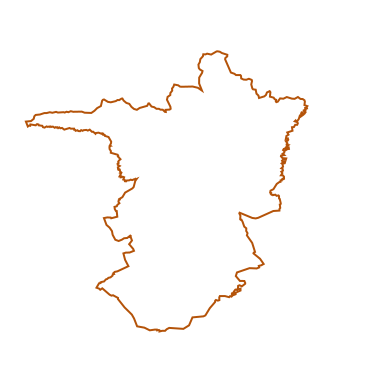 Ron Phibun, Nakhon Si Thammarat, Thailand (Natural Earth projection), rotated 72°
{"feature_id": "78962969B70310108322662", "entity_name": "Ron Phibun", "entity_type": "district", "adm_level": 2, "iso_a3": "THA", "parent_name": "Thailand", "parent_adm1": "Nakhon Si Thammarat", "projection": "natural_earth1", "projection_center": [99.867, 8.196], "detail": "fine", "context": "isolated", "style": "outline", "palette": "amber", "viewbox_px": 384, "rotation_deg": 72, "n_neighbors": 0, "source": "geoboundaries", "source_scale": "gbopen_adm2", "svg_char_len": 5937}
<svg xmlns="http://www.w3.org/2000/svg" viewBox="0 0 384 384"><g transform="rotate(72 192 192)"><path d="M314.6,266.0L314.8,263.2L315.7,260.5L314.7,258.5L314.2,255.7L319.5,242.5L317.9,236.0L311.4,230.3L313.8,219.5L313.5,217.4L308.0,211.0L303.8,204.1L302.5,203.5L302.1,202.6L303.3,201.0L303.3,199.4L300.6,198.6L299.6,197.7L301.1,192.9L303.5,189.2L302.8,187.9L303.7,186.8L303.1,185.6L301.3,185.7L300.6,185.0L301.0,184.2L302.8,183.8L302.7,182.1L301.3,181.5L300.5,183.0L299.8,183.1L298.3,181.0L298.3,180.2L299.2,179.4L301.0,179.5L300.7,176.3L298.9,175.7L298.7,177.6L298.0,178.2L295.5,177.1L295.4,175.6L297.1,173.7L295.7,169.8L295.0,169.5L292.8,169.7L291.4,173.9L285.5,176.3L282.4,174.1L282.2,160.8L284.7,154.1L284.5,151.4L282.9,151.3L283.1,148.8L282.6,146.1L276.6,147.9L269.4,152.5L268.8,152.1L268.5,150.6L259.0,150.5L250.2,153.2L248.3,151.9L245.8,152.5L243.3,151.6L241.1,153.0L236.0,153.1L233.6,153.5L233.5,154.3L232.8,154.6L229.6,153.3L226.9,153.6L226.4,153.1L235.3,142.7L236.8,139.6L237.0,137.0L235.2,120.5L236.7,114.6L235.1,114.0L234.4,113.0L231.1,112.4L231.1,111.7L230.3,111.1L225.7,110.7L225.1,111.2L222.8,110.5L222.0,110.8L221.8,112.7L220.3,113.6L220.0,116.0L219.5,116.1L219.2,117.2L218.0,117.7L217.3,117.1L216.6,117.8L215.0,116.9L214.5,113.7L210.5,108.9L209.5,105.7L209.7,104.7L208.4,104.2L208.7,103.0L207.9,102.8L207.4,101.7L208.1,101.0L207.9,100.4L205.8,99.8L204.2,100.5L203.6,102.2L201.9,100.2L200.3,100.8L199.8,98.9L197.9,98.7L197.1,99.7L196.1,97.6L193.4,97.3L192.5,97.9L192.2,96.9L193.1,96.4L193.3,94.9L192.1,94.1L191.5,96.5L190.0,96.7L189.5,95.4L190.3,92.8L189.2,92.0L187.8,95.4L185.5,96.4L184.9,96.0L185.4,92.9L183.7,94.0L183.1,92.1L181.6,91.5L180.3,92.4L179.4,91.4L179.4,89.2L181.2,89.9L180.7,88.0L181.0,86.5L179.6,86.3L179.7,88.0L178.5,88.7L177.2,85.8L176.0,88.1L176.0,87.0L175.2,86.2L172.7,87.0L172.7,85.1L172.0,84.3L170.6,84.3L170.6,86.4L167.9,84.9L167.3,82.5L164.8,83.0L164.8,77.5L161.3,76.9L161.7,75.0L160.0,73.1L160.6,71.2L159.3,70.1L158.2,70.2L156.5,72.4L156.0,71.4L156.7,71.3L157.0,70.0L155.7,68.0L152.5,65.7L152.4,64.7L153.8,65.0L153.1,62.8L151.0,63.9L150.1,63.1L150.3,62.5L152.1,62.1L152.4,61.0L151.2,59.4L150.3,60.3L149.6,59.3L149.5,60.4L148.9,60.5L148.6,58.8L147.1,58.4L147.7,56.8L146.7,56.8L146.0,55.8L144.1,58.2L140.9,56.7L139.5,56.7L137.8,58.0L137.0,60.1L134.4,61.9L135.1,65.6L134.1,68.1L131.0,72.5L131.5,76.3L130.2,79.3L132.6,82.5L132.6,84.0L131.8,84.3L130.3,83.5L129.3,84.7L127.5,85.2L125.4,88.4L121.3,86.6L120.1,87.0L120.5,90.0L122.6,91.7L123.4,93.7L123.3,99.2L120.8,99.0L118.4,100.3L114.4,99.8L113.2,102.2L112.3,102.6L108.0,102.4L105.0,100.6L103.8,100.6L101.9,102.9L102.0,105.7L101.0,108.2L99.2,110.1L96.7,109.5L95.7,109.9L94.4,114.0L92.7,115.1L90.4,118.1L76.0,119.5L74.9,118.9L73.9,116.6L72.4,116.0L69.1,120.6L67.2,122.2L66.1,124.2L65.9,125.2L67.2,131.3L65.1,134.9L65.3,136.7L64.5,138.7L66.3,139.7L68.2,143.0L70.9,144.4L72.8,146.5L76.2,147.2L77.8,146.7L80.2,144.6L81.8,145.6L85.4,149.8L91.0,151.7L98.6,151.2L94.7,154.2L91.9,158.8L88.6,169.7L88.0,170.9L86.3,172.1L84.3,175.7L86.2,177.2L87.4,179.0L89.5,179.5L91.2,182.0L93.1,182.7L94.0,185.8L96.5,187.3L104.2,186.2L106.3,186.6L106.7,187.8L105.7,191.7L107.8,192.2L107.4,193.0L104.7,194.4L103.9,196.6L102.6,197.8L101.9,200.1L99.7,201.7L98.2,204.1L94.5,205.4L94.3,206.1L96.2,208.0L95.9,215.8L96.8,219.0L95.1,221.5L92.3,223.3L88.8,224.4L87.0,226.9L83.9,228.8L81.6,229.3L81.4,230.2L82.1,232.9L81.5,234.4L82.0,236.4L81.6,241.5L80.3,244.1L76.8,247.1L76.8,248.3L77.5,249.3L82.1,252.1L82.9,256.3L84.6,259.6L85.7,263.3L83.4,269.6L81.5,272.0L79.0,280.2L77.7,282.3L77.9,284.9L76.9,286.5L77.1,288.5L76.4,289.5L75.0,295.0L73.8,296.5L73.5,300.3L72.2,302.6L72.0,305.9L71.3,308.0L71.3,312.7L70.4,316.9L71.3,318.6L73.5,319.9L74.8,323.2L73.7,328.2L79.0,327.9L78.5,326.4L79.0,325.4L77.8,324.8L80.3,320.0L79.6,318.7L79.8,317.9L80.4,317.1L81.2,317.2L82.8,313.9L84.3,313.7L85.2,312.3L84.7,310.0L85.5,309.1L85.6,307.5L86.3,307.0L86.0,306.1L86.7,305.5L86.8,304.1L88.5,302.7L88.2,301.4L89.0,300.7L88.9,300.0L89.9,299.6L89.5,298.3L90.7,297.5L90.9,295.8L93.2,294.2L93.3,288.7L94.3,287.7L95.3,284.6L96.4,284.8L96.7,284.0L97.8,283.8L97.9,281.8L98.9,281.3L99.6,279.6L98.9,278.3L100.0,277.1L99.7,276.1L100.3,273.3L101.4,272.1L101.1,270.0L103.9,268.5L104.1,267.4L106.8,265.8L106.2,265.2L106.7,262.5L108.8,259.9L108.4,259.3L109.1,258.4L110.1,258.8L110.8,257.4L111.7,257.5L113.9,254.4L119.1,253.3L120.5,253.9L122.3,255.6L122.9,255.2L122.8,255.9L123.3,255.9L123.6,256.6L125.7,257.1L128.0,256.5L129.6,257.1L133.6,251.2L134.9,251.0L135.3,251.5L138.7,249.9L139.6,251.9L140.5,252.9L141.7,252.8L142.2,254.1L143.3,254.2L144.9,252.7L145.6,254.9L147.5,255.2L147.6,254.6L148.3,254.8L148.5,253.8L150.3,254.0L151.5,253.3L151.8,254.4L152.5,253.8L154.7,256.0L154.9,255.3L155.6,255.4L155.5,254.6L156.1,254.7L156.1,253.1L157.0,252.0L158.9,253.5L159.6,252.3L161.0,252.5L161.5,251.4L160.9,250.6L161.5,248.1L161.3,246.5L162.2,245.2L162.0,243.2L162.4,242.8L162.0,241.9L162.6,241.7L162.5,240.6L163.9,242.5L169.3,246.0L170.2,247.7L171.9,255.8L175.4,259.8L176.2,263.3L176.9,263.1L177.1,264.2L178.6,265.0L180.2,264.5L181.2,267.0L182.3,267.9L182.2,270.3L184.4,270.7L186.7,270.2L186.9,269.5L192.4,270.7L192.0,277.0L191.2,277.2L190.0,280.4L189.6,283.8L196.9,283.5L200.4,281.4L204.5,280.2L208.2,280.7L213.7,279.7L215.9,277.0L215.7,273.5L215.0,270.9L215.7,267.8L214.4,264.2L214.9,263.9L215.7,265.1L216.3,264.2L219.6,264.1L222.2,267.9L228.0,265.5L230.0,265.4L230.3,270.0L229.2,273.7L229.2,276.2L235.8,276.6L242.9,275.4L244.4,287.5L244.1,290.1L244.8,291.7L245.9,291.5L245.8,292.8L247.0,293.4L248.0,295.9L247.8,298.0L248.5,299.5L248.5,300.9L249.9,303.3L249.6,305.9L250.0,306.2L249.7,307.0L250.3,307.5L250.1,308.6L253.5,312.4L255.2,310.2L256.6,309.5L255.9,307.1L264.2,302.1L265.7,300.6L265.8,299.0L269.9,295.1L270.9,295.5L280.9,291.8L290.0,287.1L294.4,286.2L302.8,285.7L306.3,279.2L310.5,274.9L311.4,269.7L312.0,267.9L312.8,268.0L313.0,266.1L313.6,265.6L314.6,266.0Z" fill="none" stroke="#b45309" stroke-width="2"/></g></svg>